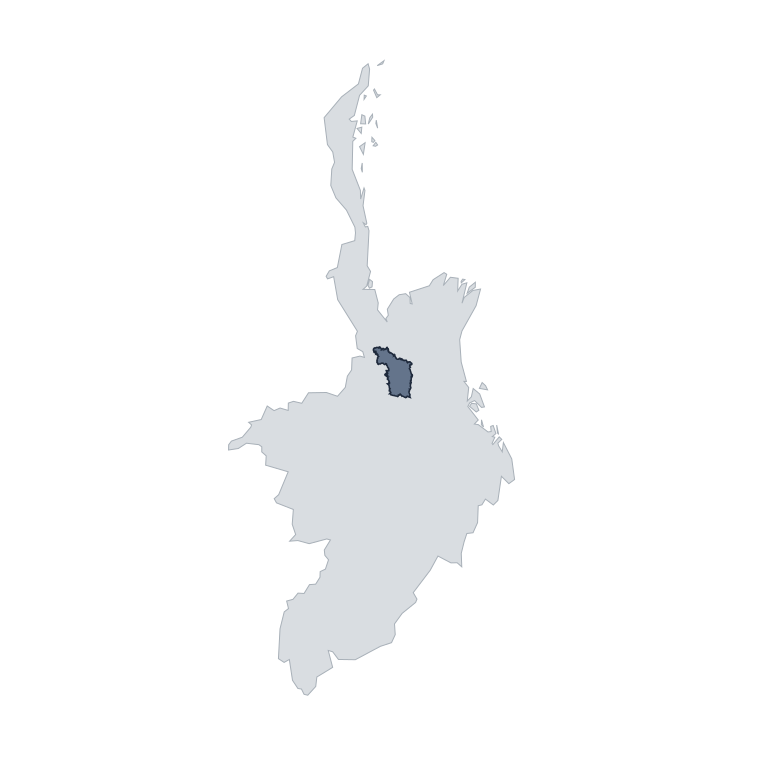 Taungoo, Bago, Myanmar (highlighted), rotated 189°
{"feature_id": "60261553B53825313002023", "entity_name": "Taungoo", "entity_type": "district", "adm_level": 2, "iso_a3": "MMR", "parent_name": "Myanmar", "parent_adm1": "Bago", "projection": "albers", "projection_center": [96.407, 18.81], "detail": "fine", "context": "in_parent", "style": "filled", "palette": "slate", "viewbox_px": 768, "rotation_deg": 189, "n_neighbors": 0, "source": "geoboundaries", "source_scale": "gbopen_adm2", "svg_char_len": 9552}
<svg xmlns="http://www.w3.org/2000/svg" viewBox="0 0 768 768"><g transform="rotate(189 384 384)"><path d="M495.9,344.0L488.4,340.5L482.9,344.0L474.5,342.9L475.5,350.2L470.7,352.7L462.2,352.1L457.2,363.5L439.6,366.6L428.0,364.6L421.7,374.6L421.4,386.0L418.2,392.8L419.6,404.7L412.1,407.8L407.5,407.2L410.0,412.6L416.0,414.9L419.6,427.2L418.5,431.9L442.9,460.0L450.5,482.1L456.2,479.0L458.0,481.3L455.7,487.2L448.3,491.7L447.4,515.2L435.3,521.0L435.8,528.8L437.3,534.4L448.3,549.9L460.6,560.3L467.6,571.7L469.2,588.2L467.5,595.2L470.9,605.1L477.3,611.6L484.8,637.7L470.8,661.0L456.2,676.4L454.6,692.5L449.8,697.8L447.5,692.8L446.2,676.0L453.3,665.3L455.3,644.6L459.8,640.2L457.3,638.2L451.6,639.7L453.4,623.0L450.2,622.3L452.8,618.8L449.0,591.0L437.6,571.5L436.0,563.0L434.4,574.5L433.1,572.2L432.6,556.8L426.1,540.0L426.7,538.6L429.7,540.0L427.0,536.2L424.7,537.1L422.8,533.0L419.1,498.1L414.9,493.1L416.4,478.0L419.5,474.2L407.9,475.9L402.4,463.2L402.0,456.2L390.5,445.7L392.4,449.0L390.5,452.5L392.4,458.4L387.7,469.5L383.0,474.5L376.7,476.6L371.8,473.4L370.7,467.6L368.7,467.5L373.2,478.6L354.6,488.1L351.8,494.7L342.1,503.4L339.2,502.2L340.8,490.5L335.1,499.8L327.3,500.0L325.8,487.4L322.6,494.7L318.0,496.9L319.6,476.0L318.3,482.1L310.8,490.3L303.5,492.9L305.3,475.7L315.3,448.6L316.2,439.6L311.2,417.8L303.0,399.4L305.4,399.1L299.8,393.8L299.1,380.2L295.7,385.1L295.2,393.5L287.9,389.1L281.2,377.1L284.0,376.1L291.9,381.8L296.4,378.8L297.7,374.9L285.3,363.2L288.5,358.6L284.4,358.6L273.8,352.9L270.7,353.8L272.0,358.8L269.7,360.1L265.7,352.6L268.8,349.0L266.2,348.8L268.0,342.2L267.0,341.2L261.9,349.8L259.0,347.7L262.3,343.4L261.1,340.8L256.6,335.5L256.9,344.8L246.1,330.0L240.1,310.1L245.1,305.1L253.6,311.2L253.3,286.8L257.1,281.6L265.8,286.2L268.4,280.0L271.9,278.5L269.9,261.7L272.8,251.0L278.8,249.3L280.2,240.6L281.2,228.8L278.6,215.6L283.8,218.9L289.9,217.8L303.8,222.5L309.2,207.3L322.5,182.5L317.8,176.7L318.6,173.2L330.2,160.3L336.1,148.7L333.7,138.2L336.1,129.7L346.6,124.3L369.2,107.2L385.9,104.8L392.8,111.5L397.4,112.1L390.4,96.1L404.5,84.1L404.1,74.6L410.6,64.7L414.4,65.0L417.8,69.8L421.4,69.8L428.0,77.0L434.4,97.1L439.1,93.4L445.3,96.2L448.4,125.9L446.9,143.3L443.2,147.3L446.2,154.4L440.2,157.1L436.2,164.0L430.2,164.6L426.2,174.2L420.2,175.6L417.0,183.1L417.7,188.7L412.9,192.0L411.3,201.7L415.6,205.5L417.0,210.7L412.5,221.6L416.3,222.0L432.9,214.6L444.6,215.9L452.6,214.0L447.7,221.5L452.7,231.1L453.9,245.9L471.6,249.8L474.5,253.6L470.7,258.2L464.9,282.3L488.2,285.3L489.1,294.6L494.1,297.8L494.9,302.9L498.1,304.5L510.6,304.0L517.8,297.5L527.2,294.5L527.9,299.7L525.8,303.7L515.6,309.3L508.8,320.5L508.4,322.9L511.7,325.0L499.7,329.7L495.9,344.0ZM288.5,370.8L296.0,375.3L294.5,378.6L289.7,378.8L286.2,372.9L288.5,370.8ZM440.3,607.6L445.3,614.6L440.4,619.4L440.3,607.6ZM287.3,400.8L283.4,398.2L280.8,394.4L289.1,394.6L287.3,400.8ZM447.8,637.4L448.0,646.5L444.8,645.6L442.8,638.0L447.8,637.4ZM314.9,493.0L309.7,498.8L309.0,493.8L316.1,486.6L314.9,493.0ZM414.6,485.1L411.4,483.3L411.0,478.0L413.4,476.4L415.3,479.0L414.6,485.1ZM437.6,648.7L436.9,645.7L440.2,638.3L439.7,644.7L437.6,648.7ZM435.9,665.7L440.3,672.6L439.6,673.9L435.6,668.6L433.0,669.0L435.9,665.7ZM450.6,632.2L446.1,634.2L445.7,627.9L450.6,632.2ZM440.5,697.4L434.6,703.3L435.4,700.0L440.5,697.4ZM264.3,353.5L266.3,361.1L262.9,352.1L264.3,353.5ZM440.2,593.2L440.1,598.9L438.5,589.7L440.2,593.2ZM281.5,359.1L282.1,363.9L279.0,357.1L281.5,359.1ZM434.5,625.8L431.1,623.0L432.3,621.0L434.0,621.4L434.5,625.8ZM432.0,617.6L429.9,621.4L427.7,619.1L429.5,617.5L432.0,617.6ZM432.8,640.1L432.9,643.4L430.3,635.7L432.8,640.1ZM322.7,499.9L320.4,499.8L323.5,496.0L323.9,497.4L322.7,499.9ZM448.7,666.2L446.5,665.7L448.2,662.0L448.7,666.2Z" fill="#d9dde1" stroke="#a8b0b8" stroke-width="1"/><path d="M399.3,417.9L399.5,417.2L399.8,417.1L399.9,416.4L399.6,416.1L399.5,415.9L399.7,415.5L399.2,414.8L399.1,414.4L398.8,413.7L398.6,413.6L398.4,413.9L398.1,413.8L397.8,415.0L397.5,414.9L397.1,415.0L396.7,413.9L396.9,413.6L397.3,413.3L397.2,413.1L396.8,413.2L396.5,413.0L396.4,412.7L396.5,412.3L396.3,412.4L396.4,412.2L396.0,412.3L395.9,412.2L395.6,412.3L395.2,412.1L394.8,412.1L394.8,411.7L394.9,411.4L394.7,411.4L394.7,411.1L394.2,410.9L394.1,410.4L394.0,410.2L393.8,410.2L394.1,409.7L394.3,409.5L394.3,409.2L394.5,409.0L394.4,408.3L394.2,408.1L394.5,407.8L394.6,406.9L394.5,406.5L394.7,406.0L394.6,405.8L394.4,406.0L394.2,405.8L394.2,405.5L394.4,405.4L394.5,404.9L394.4,404.3L393.8,404.1L393.4,403.6L393.3,403.3L393.5,403.0L393.2,402.7L392.5,402.7L392.4,402.6L392.1,403.0L391.8,403.0L391.5,403.2L390.7,403.2L390.2,403.9L389.8,403.9L389.4,404.1L389.2,404.4L388.6,404.2L388.1,404.4L387.2,403.6L386.4,403.3L385.7,403.9L385.6,404.4L385.1,404.4L384.8,404.3L384.8,404.1L384.5,403.7L384.5,403.2L384.4,402.9L384.1,402.7L384.0,402.8L383.8,402.8L383.6,402.2L383.2,401.7L383.1,401.2L382.5,400.7L382.2,400.6L382.1,400.1L381.7,399.8L381.3,397.9L381.5,397.7L382.1,397.9L383.1,397.8L384.0,397.6L383.9,397.3L383.0,397.1L383.1,396.5L382.5,396.1L382.3,395.7L382.3,395.4L382.0,395.1L382.3,394.7L382.3,394.2L382.6,393.7L382.9,393.5L383.1,393.6L383.0,393.8L383.3,394.0L383.4,394.3L383.5,393.9L383.8,393.9L383.8,393.7L383.5,393.6L384.1,393.5L384.2,393.8L384.3,393.6L384.6,393.6L384.6,393.2L384.0,392.6L383.4,392.4L383.2,392.5L382.9,392.5L383.0,392.8L382.9,393.0L382.8,392.9L382.7,392.5L382.5,392.8L382.2,392.3L382.0,392.7L381.7,392.8L381.7,392.3L381.9,392.0L381.6,391.8L381.7,391.6L381.5,391.3L381.0,391.4L381.3,390.9L381.2,390.0L380.9,389.8L381.1,389.4L381.3,389.3L380.3,388.6L380.2,388.4L379.3,387.5L379.3,387.1L379.5,386.8L379.4,386.1L378.8,386.2L378.7,385.6L379.2,385.6L379.9,385.2L380.2,384.9L380.7,384.7L379.4,383.9L379.1,383.9L379.1,383.6L378.8,383.4L378.4,382.0L378.1,381.5L378.2,381.3L378.0,380.9L377.9,380.4L377.7,380.2L377.4,380.2L377.6,379.8L377.8,379.3L377.7,379.0L377.6,378.9L377.7,378.5L377.3,378.6L377.3,378.4L377.5,378.3L377.5,378.1L377.4,378.1L376.9,377.6L376.6,377.6L375.9,376.5L376.2,376.3L376.2,376.1L376.4,376.1L376.6,376.0L377.0,375.3L376.6,375.4L376.3,375.3L376.1,375.0L375.7,374.8L375.4,374.3L374.6,374.4L374.2,374.2L372.9,374.1L371.8,374.3L371.4,374.0L369.0,374.0L368.7,373.7L368.2,373.9L367.9,375.0L368.0,375.4L367.6,375.4L367.4,375.4L367.1,375.4L366.8,376.3L366.2,376.1L366.1,376.3L365.9,376.0L365.7,376.0L365.7,375.7L365.1,375.5L364.4,374.7L364.2,374.9L363.9,375.0L362.7,374.7L361.8,374.2L361.2,374.2L360.9,374.0L360.8,374.3L359.6,374.3L359.4,375.2L359.2,375.6L357.9,375.4L357.7,375.3L357.4,375.3L357.2,374.9L356.6,374.9L356.0,374.8L356.6,375.7L356.6,376.5L356.9,377.0L356.6,377.4L357.1,378.2L357.5,378.7L358.0,379.5L358.0,379.9L358.1,380.1L358.0,380.3L358.1,380.6L357.8,380.9L358.0,381.7L357.9,381.8L357.6,382.2L358.0,382.8L357.7,382.8L357.5,383.1L357.3,383.0L357.2,383.5L356.9,384.1L357.0,385.1L357.3,385.2L357.8,386.0L357.6,387.2L357.7,387.7L357.9,388.1L358.2,388.3L358.1,388.5L358.2,388.9L357.5,388.8L357.3,389.8L357.6,390.4L357.9,390.5L358.2,390.7L358.3,391.4L358.1,391.4L358.1,391.6L357.9,391.6L357.7,391.9L357.9,393.2L358.0,393.6L357.8,394.4L358.0,394.7L358.3,394.9L358.3,395.1L357.7,395.2L357.8,395.7L357.9,395.8L357.4,395.9L357.4,396.1L357.6,396.1L357.7,396.7L357.6,396.9L357.3,396.8L357.3,397.2L357.7,397.8L358.0,397.8L358.3,398.0L358.4,397.9L358.7,398.3L358.7,398.6L359.3,399.7L359.3,399.9L360.0,401.1L360.1,401.5L360.4,402.2L361.0,402.6L361.2,402.9L361.4,403.2L360.5,404.7L361.1,405.2L361.2,405.9L361.4,405.9L361.4,406.1L361.5,406.6L361.3,406.9L361.2,407.3L360.8,407.2L360.6,407.0L360.1,407.2L359.6,407.7L359.6,408.3L359.9,408.5L359.9,408.8L360.1,409.0L360.5,409.0L361.2,409.5L361.5,409.9L361.9,409.8L362.1,409.9L362.4,409.9L362.5,409.6L363.0,409.5L363.3,409.6L363.7,409.1L363.8,409.3L364.1,409.3L364.1,409.5L364.7,409.7L364.7,409.3L364.9,409.5L365.0,410.0L365.4,410.6L365.9,411.0L366.2,410.8L366.5,410.8L366.9,410.5L367.0,410.5L366.9,410.6L367.0,410.7L367.4,410.6L367.7,410.6L367.9,410.4L368.2,410.5L368.1,410.3L368.4,410.3L368.5,410.5L369.2,410.6L369.4,410.7L369.7,410.7L369.8,410.7L369.6,410.9L370.0,411.1L369.9,411.4L370.1,411.5L370.2,411.3L371.0,411.6L370.9,411.3L371.2,411.3L371.3,411.1L371.5,411.3L371.5,411.5L371.9,411.4L371.9,411.1L372.2,411.2L372.3,411.4L372.9,411.4L373.0,411.6L373.3,411.2L373.6,410.7L374.7,410.5L375.4,410.7L375.7,410.9L375.7,411.1L376.0,411.2L376.0,411.5L376.3,411.6L376.6,411.9L376.6,412.1L376.8,412.3L377.0,412.7L377.3,412.8L377.7,413.2L377.7,413.7L377.9,413.6L377.9,413.8L378.2,413.6L378.3,413.9L378.5,413.7L378.4,414.1L378.7,414.1L378.7,414.3L378.8,414.2L378.8,414.5L379.2,414.3L379.5,414.3L379.6,414.6L380.1,414.5L380.5,415.0L380.4,415.1L380.5,415.2L380.7,415.3L381.1,415.3L381.4,415.5L381.9,415.6L382.0,415.9L382.3,416.0L382.4,415.9L382.5,416.1L382.5,415.9L382.7,416.0L382.9,415.8L383.2,416.0L383.3,415.8L383.5,416.0L383.6,415.9L383.9,416.1L384.0,416.3L384.1,416.2L384.4,416.3L384.7,416.6L384.5,416.8L384.6,417.4L385.1,417.5L385.3,417.7L385.0,418.5L385.3,418.7L385.2,419.0L385.4,419.5L386.5,419.3L387.2,419.0L386.7,419.8L386.2,419.8L386.4,420.4L386.7,420.7L387.0,420.5L386.9,420.0L387.6,419.4L387.6,419.0L387.8,418.6L388.1,418.4L388.3,418.5L388.5,418.3L389.0,418.3L389.3,417.9L389.5,418.8L390.0,419.0L390.8,418.9L390.9,418.5L391.1,418.4L391.4,417.9L391.3,417.5L392.0,417.2L392.0,417.5L392.0,418.3L392.3,418.6L392.9,419.1L393.5,418.9L393.6,419.3L393.6,419.7L393.9,419.7L394.2,419.9L394.4,419.9L394.6,419.5L394.9,419.3L395.0,418.8L395.7,419.2L396.4,418.9L396.8,419.1L397.3,418.6L397.7,418.6L397.9,418.4L398.2,418.3L398.4,418.0L398.8,418.2L399.0,417.9L399.3,417.9Z" fill="#64748b" stroke="#1e293b" stroke-width="1.5"/></g></svg>